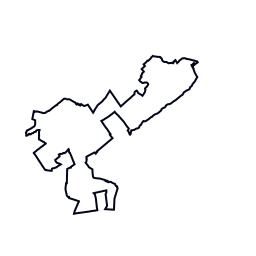 outline of Horia, Tulcea, Romania, rotated 59°
{"feature_id": "2599482B17678194817649", "entity_name": "Horia", "entity_type": "district", "adm_level": 2, "iso_a3": "ROU", "parent_name": "Romania", "parent_adm1": "Tulcea", "projection": "albers", "projection_center": [28.443, 45.057], "detail": "fine", "context": "isolated", "style": "outline", "palette": "ink", "viewbox_px": 256, "rotation_deg": 59, "n_neighbors": 0, "source": "geoboundaries", "source_scale": "gbopen_adm2", "svg_char_len": 5726}
<svg xmlns="http://www.w3.org/2000/svg" viewBox="0 0 256 256"><g transform="rotate(59 128 128)"><path d="M120.1,42.4L114.9,42.3L113.7,42.0L111.6,41.7L111.1,41.2L110.2,41.4L107.0,41.3L106.7,41.1L107.1,40.7L107.1,40.1L108.2,40.0L108.1,39.9L108.0,38.7L107.1,38.8L107.2,39.2L106.5,39.1L106.2,38.0L107.9,37.8L107.7,36.3L107.7,34.5L106.7,34.3L106.3,34.8L105.0,35.9L100.4,40.4L100.1,40.9L98.6,42.3L98.7,42.5L97.5,43.3L97.0,43.9L96.7,44.9L96.3,45.4L96.6,48.3L96.6,49.0L97.3,50.5L97.4,51.4L97.7,52.4L94.2,52.4L94.3,53.3L94.6,54.0L94.5,54.8L95.4,55.1L95.5,55.3L95.7,56.1L95.3,56.6L94.6,57.1L94.3,57.9L93.3,60.0L91.2,61.0L90.4,62.5L89.7,63.1L88.6,63.7L87.4,63.8L85.9,63.3L84.9,63.8L84.6,63.9L84.0,63.7L83.8,63.9L83.2,64.5L81.9,66.5L81.4,66.9L80.2,68.6L79.0,69.6L79.3,70.5L79.4,71.6L80.1,72.8L80.6,75.0L80.8,76.1L80.3,76.6L81.0,78.7L81.5,81.8L83.6,81.6L84.5,85.9L87.9,85.4L88.4,87.9L89.2,88.2L89.5,89.0L90.1,90.2L91.2,90.1L91.6,91.4L92.0,91.8L92.7,93.8L94.7,93.5L95.1,93.1L96.8,92.5L97.4,91.4L97.5,90.5L98.2,89.4L98.5,88.6L99.9,88.0L100.4,88.0L101.0,88.2L101.8,89.5L102.2,90.4L102.5,91.8L102.9,93.1L103.2,93.3L104.0,93.2L105.7,94.8L106.0,95.3L107.3,97.7L107.8,99.0L106.2,99.6L105.7,100.0L103.2,101.3L101.6,101.1L100.4,101.3L100.3,101.6L100.4,103.0L100.8,104.0L101.6,104.7L102.5,105.1L102.7,107.0L103.5,110.6L104.4,116.1L105.8,123.1L86.7,124.3L88.9,128.7L90.3,131.2L90.6,131.9L91.1,134.1L91.8,135.9L92.5,139.8L92.6,141.4L93.0,142.7L93.8,144.2L94.6,145.9L96.9,150.0L87.3,150.4L87.0,152.5L86.5,154.3L85.6,154.9L83.4,155.8L84.2,157.2L83.2,158.1L82.9,158.1L82.6,157.6L81.0,158.7L81.6,159.8L81.4,160.0L81.0,160.0L80.0,160.3L79.7,160.0L79.4,160.0L78.9,160.1L76.9,161.5L74.2,162.8L73.0,163.7L72.2,165.2L71.9,165.6L70.6,166.6L70.4,166.8L70.2,167.4L70.0,168.0L70.9,173.2L71.1,175.8L71.8,177.0L71.6,177.9L71.6,178.5L71.5,178.4L71.5,179.0L71.8,180.6L71.9,182.0L72.2,183.9L72.3,184.7L72.5,185.7L72.7,186.4L72.4,186.9L72.5,187.3L72.2,188.9L72.3,189.1L72.1,189.5L72.2,189.8L72.4,190.2L72.5,190.7L72.4,191.2L71.9,192.4L71.3,193.3L70.3,194.1L67.0,197.4L66.6,198.0L66.6,198.5L65.6,199.4L65.9,199.8L65.2,200.1L65.8,200.8L67.1,201.8L71.0,205.4L73.6,203.6L77.4,205.9L78.1,207.1L78.4,207.9L78.3,209.8L78.4,210.0L78.5,210.5L78.3,213.4L78.4,214.2L78.2,215.1L78.3,215.3L78.1,216.0L79.0,217.0L79.2,217.6L79.6,218.0L79.8,218.1L81.1,218.3L82.1,219.2L82.3,219.0L82.6,218.1L82.3,216.6L82.0,215.8L82.2,215.5L82.4,215.3L83.0,215.3L83.2,215.0L83.3,214.7L83.1,213.5L83.2,212.6L83.5,211.9L83.2,210.9L83.2,210.6L83.7,208.9L83.1,208.3L83.0,207.4L83.3,206.2L83.8,205.7L84.2,204.8L84.4,204.9L84.5,205.6L85.9,206.4L86.8,207.1L88.0,207.6L88.6,208.2L89.1,208.3L90.4,209.4L91.8,210.1L91.9,209.8L92.5,209.7L95.4,208.3L96.6,207.3L97.4,207.2L98.8,206.4L99.0,206.5L99.3,209.6L99.4,210.2L99.6,210.6L99.5,211.2L99.6,213.0L99.9,214.1L100.1,217.2L100.3,218.4L100.5,218.7L100.7,221.4L100.9,221.7L103.8,221.3L108.8,221.2L114.6,220.9L115.8,221.0L116.5,220.9L121.3,220.6L121.8,220.2L121.7,219.9L121.7,219.7L122.8,218.9L125.4,215.5L123.7,214.1L123.8,213.2L124.4,212.0L124.5,210.9L124.8,210.2L124.7,208.5L124.6,207.8L124.6,204.3L123.5,204.9L121.4,206.7L121.1,206.9L118.9,207.2L117.9,206.8L117.1,201.2L116.8,201.0L115.2,201.0L115.1,200.2L115.2,199.5L115.7,198.9L115.9,198.6L116.0,198.0L116.3,197.5L116.3,197.2L116.1,196.6L116.2,196.0L116.7,195.6L116.7,195.2L116.9,194.8L116.9,194.4L116.6,193.8L116.5,192.7L115.4,189.8L115.6,189.7L118.6,191.0L118.9,190.7L119.3,190.6L123.6,191.2L128.3,192.0L129.0,192.0L129.4,192.2L131.6,192.5L131.9,197.0L132.5,197.3L131.9,199.5L131.9,201.3L134.1,202.7L135.3,203.5L135.5,203.6L142.3,207.9L143.8,208.9L143.4,209.5L147.6,212.7L148.7,213.3L154.3,215.2L155.0,215.2L156.0,215.0L156.2,214.7L156.6,214.6L156.8,214.1L157.7,214.6L161.3,211.4L165.5,207.8L165.8,208.0L166.8,209.6L171.7,216.4L172.5,217.3L173.7,218.4L175.1,214.7L175.6,213.7L179.9,203.6L180.3,202.3L181.4,199.9L182.7,196.6L179.6,195.4L172.0,191.9L167.6,190.5L166.8,190.9L166.2,191.0L166.3,190.5L170.3,178.7L171.9,179.5L173.2,181.3L183.7,185.9L184.1,186.3L185.8,189.4L190.8,182.1L181.6,176.0L174.4,168.0L173.5,168.0L173.2,167.6L172.5,167.4L172.0,167.6L171.7,168.1L171.4,168.2L170.6,168.2L169.5,167.9L169.1,168.0L168.0,169.0L165.8,170.3L165.4,170.4L164.8,171.3L164.5,172.6L164.3,172.8L162.4,174.1L162.4,173.2L161.2,174.1L156.5,178.5L156.1,179.2L154.3,181.6L153.1,182.9L152.7,183.1L152.4,183.1L151.4,182.9L149.0,181.9L145.1,179.8L141.5,181.7L140.0,181.7L136.6,182.1L135.9,182.1L135.9,181.5L133.5,179.4L133.1,179.6L132.3,179.2L132.1,178.7L131.2,178.4L131.7,169.4L133.3,168.9L133.1,168.6L132.6,166.7L132.0,166.8L128.8,146.5L124.6,147.1L124.4,147.1L124.2,146.1L122.9,146.3L117.9,146.5L114.9,146.9L108.2,147.2L108.3,145.2L108.2,139.1L107.6,133.1L107.4,131.8L107.2,131.1L109.2,130.8L112.9,129.8L121.0,128.3L123.0,128.3L126.7,128.0L128.7,127.6L129.0,127.7L129.5,128.3L129.9,129.5L131.7,129.4L134.5,129.9L134.8,129.6L134.7,129.2L134.1,128.5L133.1,127.7L132.7,127.2L132.0,126.7L131.7,126.3L132.2,125.5L132.5,124.3L132.8,123.7L132.8,121.2L133.2,120.3L133.4,118.4L132.6,117.5L132.1,116.8L132.0,115.2L131.8,114.9L130.9,113.7L130.4,112.1L130.0,111.3L130.0,111.1L131.0,110.1L131.2,109.0L131.1,108.0L131.1,106.9L131.0,105.0L130.7,103.4L130.6,102.2L130.8,101.3L130.4,100.3L130.2,98.7L130.4,96.5L130.7,95.6L130.6,93.3L130.3,92.6L130.3,91.6L129.9,90.4L129.2,89.7L129.0,89.0L129.0,88.3L129.1,87.4L129.0,87.0L129.2,86.2L129.3,85.5L128.9,84.6L128.3,84.1L128.2,83.7L128.2,81.5L128.4,81.0L128.8,80.5L129.1,78.6L129.0,78.3L128.9,77.4L128.6,74.3L128.7,73.3L128.6,72.4L127.8,67.3L127.5,64.7L127.6,64.2L127.0,62.8L126.4,62.3L126.2,61.8L126.2,60.3L126.0,59.1L126.4,55.6L125.9,54.6L125.1,53.9L124.9,53.1L125.0,52.4L124.9,51.9L124.1,50.7L123.7,50.2L122.4,46.5L121.0,44.3L120.1,42.4Z" fill="none" stroke="#020617" stroke-width="2"/></g></svg>